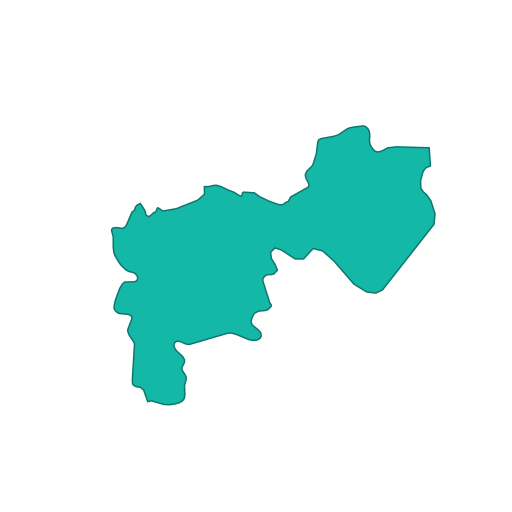 the Province of Terni, rotated 120°
{"feature_id": "ITA-5433", "entity_name": "Terni", "entity_type": "Province", "adm_level": 1, "iso_a3": "ITA", "parent_name": "Italy", "parent_adm1": "", "projection": "albers", "projection_center": [12.428, 42.653], "detail": "fine", "context": "isolated", "style": "filled", "palette": "teal", "viewbox_px": 512, "rotation_deg": 120, "n_neighbors": 0, "source": "natural_earth", "source_scale": "10m", "svg_char_len": 2807}
<svg xmlns="http://www.w3.org/2000/svg" viewBox="0 0 512 512"><g transform="rotate(120 256 256)"><path d="M139.6,117.7L222.1,129.5L228.2,133.7L231.8,142.1L231.4,157.1L221.3,186.2L218.3,201.0L221.0,210.3L234.7,213.3L239.0,220.7L238.1,237.0L239.5,243.6L245.5,245.2L250.5,241.4L253.9,235.1L257.5,230.4L262.7,231.6L264.6,233.7L265.8,235.8L267.3,237.5L269.8,238.5L272.5,238.6L274.1,237.7L289.6,220.7L290.6,218.5L292.2,217.7L296.3,218.8L298.3,220.4L302.4,226.1L305.8,228.4L308.1,228.9L313.3,228.2L315.5,227.3L317.6,224.8L318.9,217.0L320.0,213.7L322.7,211.4L325.6,211.4L328.4,213.2L330.6,216.3L332.0,220.4L333.8,234.2L335.0,238.7L336.7,241.6L365.7,269.3L366.9,271.5L367.4,273.7L367.9,278.7L369.3,281.9L371.6,283.1L374.2,282.6L376.2,280.8L377.9,277.3L379.8,269.1L381.7,265.9L384.3,264.7L389.9,264.4L392.1,262.4L394.5,257.6L396.0,255.7L398.0,254.7L403.9,253.2L411.9,248.1L415.1,246.9L418.3,247.2L421.9,249.4L425.4,253.0L428.4,257.2L430.7,261.7L433.7,274.2L436.3,276.9L428.2,286.3L427.5,290.6L428.2,292.1L428.8,293.6L429.2,295.4L429.2,297.2L428.6,298.8L424.8,301.3L393.0,317.2L391.7,318.6L387.9,326.3L387.0,327.6L385.2,329.4L384.4,330.0L384.2,330.2L372.1,332.2L370.7,333.2L370.2,335.4L370.4,337.2L371.0,338.9L373.8,344.8L374.3,346.4L374.3,348.2L373.9,349.9L373.3,351.3L372.4,352.7L369.2,354.3L364.1,355.8L352.2,357.8L347.3,357.7L344.3,356.8L339.3,348.7L338.2,347.6L336.7,346.9L334.8,347.2L333.1,348.3L331.7,351.4L331.6,353.6L332.1,355.4L332.6,357.0L333.0,358.7L333.1,360.6L332.9,362.6L331.5,368.1L330.2,371.3L326.1,378.5L324.1,380.8L320.3,383.7L310.7,389.3L306.2,393.8L304.8,394.3L303.2,393.8L301.1,391.0L298.8,385.2L296.5,384.1L294.4,383.6L280.5,385.3L280.1,385.4L277.1,384.1L274.0,384.9L271.1,384.3L268.3,382.4L271.8,375.7L273.4,373.6L275.6,371.8L275.6,368.8L274.0,367.6L269.9,366.4L268.3,365.2L267.3,364.9L264.5,365.4L263.4,365.2L263.2,364.1L263.6,360.0L263.4,358.9L254.9,348.7L236.8,334.4L228.3,331.5L221.7,335.4L219.8,332.0L215.7,327.5L214.4,325.4L213.4,321.3L212.8,313.0L211.8,307.0L212.0,300.5L211.4,298.4L209.8,298.7L208.1,299.3L206.9,298.7L202.1,289.0L202.8,282.6L202.0,272.4L200.4,263.0L198.7,258.9L193.6,256.3L193.0,255.3L187.6,255.5L170.5,245.4L169.0,245.2L167.8,245.8L166.7,246.9L164.1,251.0L163.1,252.2L161.9,253.3L160.5,254.1L158.8,254.3L156.9,254.3L149.8,252.4L148.0,252.5L137.5,254.8L126.6,259.4L125.3,259.7L123.6,259.6L121.7,258.2L113.1,248.1L109.6,245.1L100.3,240.6L98.5,239.2L96.5,237.1L90.0,228.7L89.3,227.0L89.2,225.0L90.1,222.1L91.2,220.5L92.6,219.2L95.2,217.5L99.4,215.4L101.9,213.4L102.9,212.1L103.8,210.7L104.5,209.3L105.1,207.7L105.6,206.0L105.5,203.9L104.4,201.6L101.0,198.7L96.5,196.1L91.2,188.9L75.7,160.1L90.9,149.9L94.3,152.9L99.0,153.6L108.4,151.2L114.7,147.3L116.8,143.3L117.8,138.5L120.8,132.1L130.0,122.0L139.6,117.7Z" fill="#14b8a6" stroke="#0f766e" stroke-width="1.5"/></g></svg>